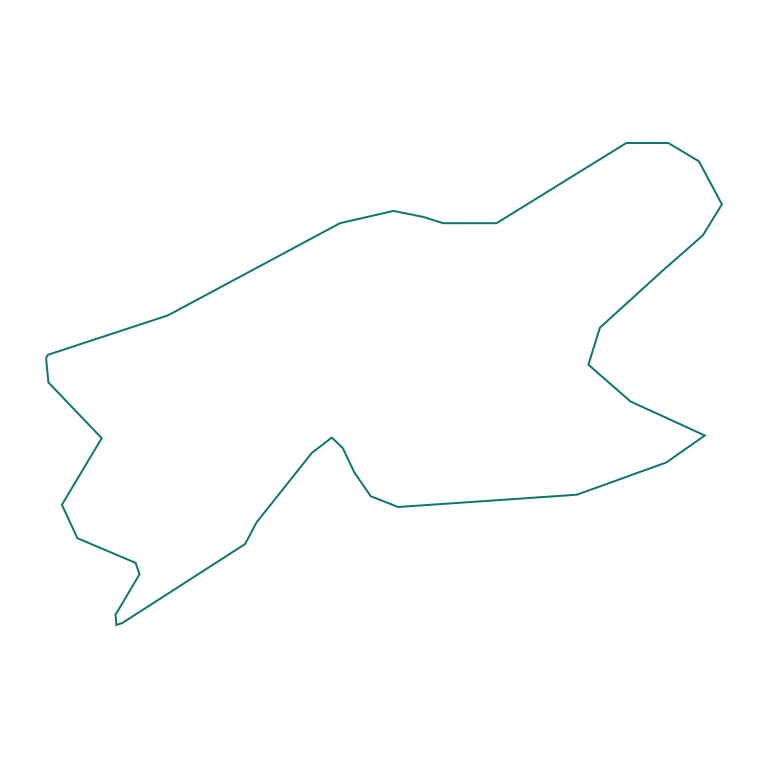 an SVG outline of Newport
{"feature_id": "GBR-2133", "entity_name": "Newport", "entity_type": "Unitary Authority (wales)", "adm_level": 1, "iso_a3": "GBR", "parent_name": "United Kingdom", "parent_adm1": "", "projection": "albers", "projection_center": [-2.954, 51.579], "detail": "fine", "context": "isolated", "style": "outline", "palette": "teal", "viewbox_px": 768, "rotation_deg": 0, "n_neighbors": 0, "source": "natural_earth", "source_scale": "10m", "svg_char_len": 602}
<svg xmlns="http://www.w3.org/2000/svg" viewBox="0 0 768 768"><path d="M704.8,435.5L666.2,462.5L576.8,494.7L398.0,507.0L370.7,496.2L354.2,472.2L342.8,448.1L331.8,437.6L312.0,452.7L256.6,522.3L245.1,544.0L122.3,623.0L116.4,625.0L115.5,614.8L139.5,574.3L135.6,562.9L77.4,538.2L61.9,504.8L101.7,438.2L48.4,382.4L46.1,358.0L47.9,354.8L167.8,315.4L211.2,292.2L339.9,223.2L360.1,218.6L393.4,210.9L423.9,217.1L443.0,223.2L496.5,223.2L626.3,143.0L668.3,143.0L698.9,161.3L721.9,204.4L702.9,235.3L660.9,272.2L599.9,327.7L588.4,364.7L630.5,401.5L704.8,435.5Z" fill="none" stroke="#0f766e" stroke-width="2"/></svg>